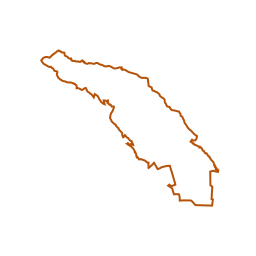 Cricau, Alba, Romania, rotated 15°
{"feature_id": "2599482B70766951502977", "entity_name": "Cricau", "entity_type": "district", "adm_level": 2, "iso_a3": "ROU", "parent_name": "Romania", "parent_adm1": "Alba", "projection": "natural_earth1", "projection_center": [23.516, 46.19], "detail": "fine", "context": "isolated", "style": "outline", "palette": "amber", "viewbox_px": 256, "rotation_deg": 15, "n_neighbors": 0, "source": "geoboundaries", "source_scale": "gbopen_adm2", "svg_char_len": 5672}
<svg xmlns="http://www.w3.org/2000/svg" viewBox="0 0 256 256"><g transform="rotate(15 128 128)"><path d="M46.2,71.8L44.6,72.2L43.8,71.9L43.8,71.7L42.9,71.4L42.7,71.6L42.2,71.4L41.8,71.5L41.0,71.0L39.4,72.6L39.2,73.1L38.0,74.6L37.9,74.9L37.1,75.6L37.1,75.9L36.5,76.4L36.5,76.7L35.8,77.2L35.7,77.6L35.2,78.4L35.1,78.9L35.0,79.2L34.4,79.5L34.2,79.8L34.2,80.2L34.0,80.4L33.7,80.5L32.4,80.3L31.0,80.4L30.3,80.6L28.3,82.0L27.9,82.4L27.4,83.8L27.0,84.3L26.7,85.1L27.6,86.0L27.9,86.5L28.9,87.0L29.7,87.7L31.0,88.2L31.8,88.2L33.6,88.9L34.8,89.1L36.0,89.4L36.3,89.4L37.5,88.8L38.6,89.5L39.2,89.7L40.0,89.8L40.3,89.9L41.7,91.4L42.2,91.7L42.6,91.9L44.5,91.7L45.0,91.8L45.2,92.0L45.4,92.7L45.3,94.1L45.4,94.7L46.0,95.7L46.5,96.1L46.7,96.5L47.3,96.9L48.0,97.8L48.6,97.9L50.3,98.8L51.1,98.8L51.9,99.3L53.9,99.5L55.4,99.2L56.5,99.6L57.0,99.6L57.8,99.6L59.0,99.2L61.0,99.0L61.3,98.8L62.6,98.9L62.9,99.1L63.3,99.0L63.7,99.1L64.0,99.0L64.3,99.2L64.6,99.2L64.8,99.4L65.4,99.3L65.6,99.6L66.8,99.9L67.0,100.2L67.7,100.9L67.8,101.9L68.1,102.9L69.3,102.4L71.2,102.6L73.3,103.2L74.2,102.9L75.8,100.8L77.0,100.3L77.3,100.6L78.7,102.6L79.0,102.8L79.5,103.2L80.1,103.5L81.8,104.0L82.6,104.6L84.0,104.9L87.0,107.3L87.1,103.9L90.1,104.8L92.3,106.8L92.8,107.6L95.5,109.9L98.1,111.0L99.3,111.1L97.4,107.7L99.0,107.4L100.5,107.4L101.0,107.1L101.2,106.8L101.6,106.6L101.8,107.0L101.6,108.1L101.4,108.6L101.6,109.0L102.4,109.0L102.7,109.1L102.9,109.4L103.2,109.8L103.7,110.2L104.0,110.3L104.4,109.9L105.1,109.9L105.4,110.1L106.4,111.1L106.6,111.5L108.6,110.9L109.0,111.5L109.1,112.0L108.9,113.5L108.8,115.1L108.3,117.0L107.9,117.9L107.8,118.5L107.7,120.7L107.9,121.2L108.0,122.6L108.1,123.1L108.5,123.5L108.8,123.8L109.9,124.9L110.2,125.5L110.8,126.0L113.7,127.6L115.1,128.0L116.2,129.2L117.8,130.3L119.0,130.8L119.4,131.5L120.0,132.1L123.0,133.9L123.6,134.4L123.9,134.8L124.1,136.1L124.2,136.3L124.6,136.7L124.9,136.8L125.3,137.5L125.4,137.9L125.7,138.2L126.1,137.8L126.7,136.5L126.9,135.6L127.2,135.7L127.9,136.5L129.5,137.4L130.4,137.6L131.2,138.0L131.9,138.7L133.4,139.6L134.3,139.8L134.8,139.7L135.1,139.9L135.4,140.6L137.1,142.5L137.4,143.0L136.4,143.0L134.9,142.9L134.9,143.4L134.4,143.6L133.6,143.7L133.0,143.5L132.1,142.7L131.9,142.7L131.9,142.9L131.7,143.2L131.2,143.5L132.8,144.2L133.9,144.4L136.3,145.3L137.7,146.1L138.8,146.9L139.9,148.2L141.1,149.2L141.0,149.3L141.0,149.9L142.0,150.4L142.7,151.2L143.2,152.6L143.5,152.9L143.6,153.5L144.1,154.1L144.3,154.2L144.7,153.7L145.8,154.5L146.4,155.3L146.7,155.5L147.9,155.1L148.2,154.8L149.5,154.7L150.0,154.9L152.5,155.0L153.6,155.5L154.4,155.7L154.9,156.2L156.8,156.2L156.9,156.6L156.9,157.3L157.5,158.9L157.8,159.6L157.9,160.2L157.9,160.7L158.2,161.2L159.2,160.0L160.7,157.5L162.1,154.9L165.2,157.8L166.8,159.6L167.3,160.0L167.9,159.6L169.3,158.6L170.2,157.6L171.2,156.8L172.4,156.2L175.3,154.6L178.2,153.7L182.1,159.9L186.3,166.9L187.2,168.2L188.4,170.5L184.8,173.1L182.6,172.0L181.7,173.3L184.6,174.2L185.9,174.8L186.3,175.1L187.0,175.8L187.6,177.2L188.8,178.9L189.5,180.1L194.2,178.8L195.5,180.8L195.8,181.4L196.8,184.7L200.9,183.4L207.2,181.8L208.2,181.9L208.9,182.3L211.7,184.1L212.5,184.7L213.2,185.0L229.3,181.2L228.5,175.1L227.1,175.0L224.6,162.9L222.4,161.9L218.7,148.8L221.1,147.4L226.2,147.2L226.2,145.5L225.6,145.3L225.2,145.3L225.1,145.1L225.1,144.9L224.0,145.2L223.8,145.2L223.9,144.9L223.6,144.8L223.7,143.9L223.6,143.7L223.2,143.5L223.0,143.9L222.5,143.3L222.3,142.7L221.9,143.0L221.8,142.9L221.7,142.2L221.1,141.8L221.3,141.5L221.1,141.1L220.7,140.9L219.9,139.6L219.0,138.7L216.9,137.5L215.8,136.4L214.7,135.7L214.3,135.0L214.2,134.6L213.2,134.5L212.5,134.0L212.3,133.9L211.6,133.2L210.7,132.3L210.1,132.3L209.6,132.1L209.3,132.4L208.3,131.8L207.7,131.1L207.2,130.8L207.1,130.5L206.6,130.4L206.3,130.4L205.8,130.2L205.6,129.9L205.3,129.6L205.0,129.2L204.1,128.5L204.0,128.1L203.2,128.0L202.6,128.2L202.4,127.8L202.0,128.2L201.8,127.7L201.5,127.5L200.4,127.5L197.4,126.9L197.2,127.0L196.9,126.7L196.1,126.7L195.3,126.2L195.0,126.3L194.9,126.2L194.9,125.9L194.5,126.0L194.0,125.6L193.5,125.4L192.8,125.3L192.8,125.0L192.1,124.9L192.4,123.8L192.9,122.7L193.7,123.1L194.5,123.2L196.2,122.5L196.7,121.3L196.9,119.5L196.9,118.7L196.4,118.2L196.5,117.9L193.6,116.8L189.5,114.2L188.9,113.9L188.3,113.8L186.3,112.7L184.4,111.0L182.7,109.4L181.7,108.7L181.2,108.1L180.4,106.7L179.9,105.8L178.9,104.9L177.6,103.2L175.7,102.5L175.2,101.0L173.6,99.6L173.0,98.9L171.2,99.1L169.7,99.0L165.5,99.3L165.2,99.2L163.8,98.2L162.7,97.0L161.2,97.1L159.9,96.8L158.4,94.9L157.2,93.9L156.7,93.1L156.0,91.2L155.1,90.4L152.4,89.6L150.4,88.6L149.5,87.2L146.4,85.8L146.1,85.9L145.7,85.9L143.5,85.4L142.6,85.5L142.2,85.4L141.7,85.1L141.4,84.7L141.4,84.4L140.8,83.7L140.3,82.7L137.1,82.1L134.8,76.3L134.3,75.2L132.7,75.0L131.8,75.0L129.2,75.8L128.9,76.0L127.4,75.9L125.0,75.3L123.7,74.3L122.4,73.9L114.1,73.8L112.0,73.1L109.7,72.6L108.2,72.9L107.2,73.3L106.3,72.6L106.0,72.2L106.5,71.9L106.1,71.7L106.3,71.4L106.1,71.1L105.8,71.3L103.9,71.7L102.6,72.7L100.2,73.8L99.2,74.1L98.7,74.1L97.2,73.5L95.5,73.3L94.7,73.0L93.9,72.9L93.5,73.0L91.7,73.8L90.5,74.4L88.6,74.3L88.5,74.2L86.8,73.8L85.8,73.8L85.1,74.0L82.4,73.4L81.7,73.0L80.2,73.6L79.0,74.6L78.5,74.8L77.9,74.9L76.8,75.0L76.0,74.9L74.1,75.5L73.3,75.4L73.0,75.8L72.0,76.6L69.9,76.5L68.6,76.1L68.9,75.6L68.7,75.4L68.2,75.2L67.7,75.2L66.6,74.6L66.4,75.1L65.8,75.1L65.2,75.9L65.2,76.2L64.7,76.5L63.9,76.7L62.9,76.7L62.5,76.6L62.2,76.9L59.9,77.2L59.4,76.9L56.9,77.6L56.2,77.4L55.8,77.2L55.5,76.7L55.6,76.3L55.5,76.0L55.2,75.7L54.8,75.5L54.1,76.0L53.7,76.1L52.2,75.8L51.7,75.3L50.4,74.7L49.0,74.7L48.6,74.4L48.3,74.3L47.8,73.6L47.2,72.0L46.2,71.9L46.2,71.8Z" fill="none" stroke="#b45309" stroke-width="2"/></g></svg>